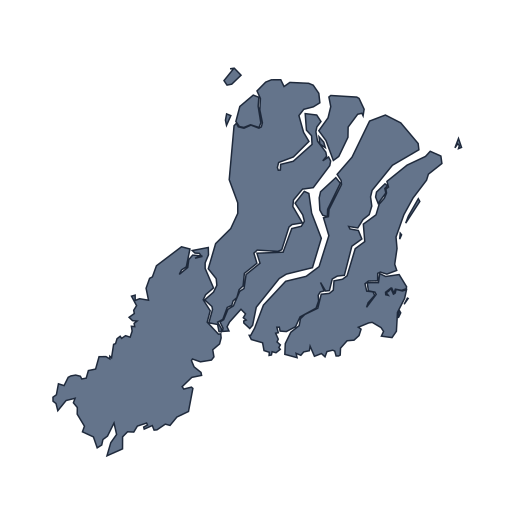 Labutta, Ayeyarwady, Myanmar, rotated 176°
{"feature_id": "60261553B3473904040713", "entity_name": "Labutta", "entity_type": "district", "adm_level": 2, "iso_a3": "MMR", "parent_name": "Myanmar", "parent_adm1": "Ayeyarwady", "projection": "albers", "projection_center": [95.041, 16.149], "detail": "fine", "context": "isolated", "style": "filled", "palette": "slate", "viewbox_px": 512, "rotation_deg": 176, "n_neighbors": 0, "source": "geoboundaries", "source_scale": "gbopen_adm2", "svg_char_len": 6142}
<svg xmlns="http://www.w3.org/2000/svg" viewBox="0 0 512 512"><g transform="rotate(176 256 256)"><path d="M363.7,241.1L367.9,231.5L366.3,219.4L375.1,221.5L379.6,220.1L379.3,225.4L383.0,224.6L378.6,214.8L381.8,210.4L381.4,207.1L386.9,203.7L383.7,200.1L379.2,199.4L382.3,197.3L381.9,194.0L385.2,194.6L384.8,189.7L387.2,183.8L391.7,185.6L395.8,183.2L397.1,185.4L400.4,183.2L402.2,178.4L404.2,177.8L407.2,164.6L408.8,166.2L409.0,163.5L412.7,166.1L419.6,166.5L423.9,154.4L431.2,153.4L433.9,146.0L438.4,145.5L439.6,148.3L444.2,149.8L449.0,149.3L451.8,148.1L456.5,140.1L462.0,142.3L464.8,131.5L468.4,129.3L468.6,125.3L465.8,122.8L464.5,115.5L455.5,125.1L446.4,126.7L448.4,122.3L444.8,117.3L445.4,110.7L439.0,98.2L441.4,92.7L430.8,86.9L427.8,75.7L423.1,78.2L421.5,83.6L416.7,86.7L409.3,99.3L407.5,87.7L413.9,79.9L418.6,67.1L402.6,72.9L401.7,84.9L396.4,89.6L390.2,88.9L386.2,94.6L376.8,97.0L376.0,95.0L380.0,93.2L379.6,91.1L371.3,94.1L369.8,89.4L366.9,89.5L358.2,94.6L353.6,93.0L346.1,100.9L334.2,105.6L328.2,128.3L329.6,129.7L337.3,128.3L338.8,130.8L328.5,139.4L318.6,140.7L319.0,143.7L325.5,149.7L327.7,156.2L326.6,157.7L318.8,154.3L307.7,155.3L305.0,158.3L305.7,165.5L298.5,170.8L296.5,176.7L296.6,180.8L298.9,180.6L309.3,193.4L305.5,204.6L311.7,216.0L309.0,220.9L300.6,227.1L307.6,247.1L307.2,252.7L303.3,260.5L303.0,267.8L319.2,265.9L316.7,263.2L312.3,262.6L310.2,259.2L317.0,258.0L311.6,260.1L319.1,261.3L323.3,257.1L324.9,249.3L333.8,243.0L331.3,247.3L326.3,250.0L321.4,267.6L329.7,270.4L356.0,253.2L360.8,242.4L363.7,241.1ZM295.4,271.2L304.5,246.6L297.3,236.2L297.1,229.5L300.9,222.9L310.2,215.8L303.5,208.7L303.1,205.7L307.7,192.6L299.1,190.4L298.2,183.2L296.0,182.7L295.6,185.9L298.9,192.7L293.5,195.1L288.3,206.7L283.6,208.5L282.0,212.8L278.0,215.8L275.2,223.6L271.0,227.0L268.8,239.5L255.6,248.7L257.9,259.0L254.4,261.8L233.9,259.1L229.9,260.4L221.1,282.6L217.9,284.9L207.4,285.8L215.8,302.8L214.7,309.3L204.9,319.5L194.1,320.2L176.1,341.0L174.9,345.5L176.7,349.7L182.8,346.3L178.6,350.6L179.1,354.7L186.6,366.2L187.6,375.8L186.3,380.5L181.8,385.6L185.6,392.4L197.0,394.6L196.9,378.0L192.2,372.1L192.3,363.4L212.2,347.9L225.0,345.7L225.7,340.0L227.8,340.0L228.5,342.8L226.9,347.7L211.8,352.2L195.2,366.6L199.9,376.0L203.4,393.1L198.1,399.0L188.4,400.8L181.6,404.4L182.0,413.9L187.0,422.4L191.4,424.6L210.1,426.8L216.2,423.1L219.0,430.1L228.3,430.7L234.2,428.8L243.5,420.6L240.6,412.8L242.0,401.5L240.3,388.4L241.7,384.4L244.2,383.3L251.9,386.9L259.1,384.3L264.7,386.1L266.3,389.7L268.8,387.5L277.4,334.0L270.5,310.3L271.2,299.8L279.3,285.1L295.4,271.2ZM226.6,177.5L232.9,166.6L234.1,155.9L222.1,151.7L222.8,156.1L218.2,153.8L215.1,157.0L209.4,157.8L208.3,162.2L204.7,151.9L197.5,154.1L194.2,150.6L191.9,155.7L186.1,156.7L184.1,155.7L183.1,150.7L180.7,150.5L178.9,151.3L178.1,158.2L171.0,165.1L164.1,165.2L158.8,169.4L156.3,175.7L158.9,177.8L148.2,181.4L144.7,181.7L136.3,175.9L134.0,171.9L136.5,167.3L126.0,165.1L121.2,171.1L118.8,189.9L110.7,203.3L108.2,211.9L112.3,210.9L118.6,212.9L119.7,209.3L121.6,208.4L123.6,214.1L126.4,211.4L128.8,210.5L126.8,207.5L129.3,208.3L129.3,210.8L123.7,214.6L122.8,214.5L121.0,209.3L119.3,213.2L113.2,211.6L108.5,212.8L107.9,214.8L114.5,227.5L128.1,226.5L133.8,229.8L135.7,220.9L146.9,221.6L146.3,213.4L139.9,211.7L138.8,209.3L149.3,197.1L147.4,201.6L140.4,208.4L141.8,212.1L148.0,213.2L149.2,220.7L145.6,223.2L136.4,222.8L135.8,230.2L133.1,231.3L126.7,228.8L116.6,231.8L118.2,238.1L114.8,253.6L115.0,265.2L105.6,286.9L95.3,302.9L80.6,319.7L78.3,325.6L64.1,335.3L64.6,342.8L74.9,348.3L80.0,343.5L99.0,336.1L120.2,321.3L119.0,315.5L121.7,313.8L121.4,309.7L123.9,304.7L129.5,299.1L133.4,288.7L146.7,280.3L146.5,262.8L156.5,256.4L166.5,229.9L171.3,226.8L179.9,225.8L181.3,216.5L185.4,213.6L193.6,213.3L198.0,199.6L211.3,194.3L216.0,190.4L217.8,183.5L226.6,177.5ZM268.3,177.3L266.5,173.0L255.5,169.0L254.6,161.1L249.4,159.0L249.9,155.9L247.5,156.2L246.6,159.4L242.8,158.1L238.3,161.2L239.6,163.1L237.9,165.6L241.0,168.8L239.6,171.5L241.8,177.6L239.1,177.9L240.2,183.5L237.7,183.4L237.2,179.4L231.0,178.5L221.5,182.7L216.3,192.2L199.7,199.8L196.7,206.8L196.7,212.5L194.4,215.7L190.4,216.4L193.5,225.1L189.0,216.2L185.2,216.4L181.5,227.8L176.3,230.3L169.2,230.6L159.7,259.1L149.2,265.6L152.1,274.3L160.4,276.4L161.5,279.0L152.5,276.9L146.7,284.9L140.2,289.4L137.0,297.7L137.6,307.0L135.6,313.4L113.6,337.0L86.1,350.6L86.4,356.9L102.3,378.7L117.1,387.6L133.3,382.7L153.3,347.9L169.4,331.8L165.8,325.4L165.7,321.3L179.9,297.3L181.0,290.2L186.0,289.4L181.9,271.2L193.8,241.0L207.4,232.2L228.2,228.7L252.0,206.5L262.4,184.1L266.8,177.2L268.3,177.3ZM294.7,183.1L288.2,183.1L289.8,187.4L287.0,192.0L274.7,203.9L270.5,199.0L273.0,195.3L270.3,192.8L272.8,192.0L272.8,190.0L267.3,184.1L264.2,187.1L259.3,204.9L234.4,231.9L227.0,235.8L200.5,240.4L189.6,269.1L197.5,294.9L198.9,314.7L203.3,317.1L213.3,306.0L206.5,293.8L205.3,287.3L208.7,282.5L218.4,280.9L228.7,257.9L254.9,258.7L252.5,248.5L267.2,238.2L270.2,224.4L274.7,221.9L282.0,207.8L287.7,204.8L292.7,194.7L296.5,192.7L293.9,186.3L294.7,183.1ZM174.5,388.8L184.6,376.6L178.1,366.2L172.2,345.9L166.5,349.5L156.0,368.0L155.1,378.2L144.7,390.3L140.4,391.0L139.4,388.4L137.9,394.9L142.2,406.0L144.4,407.5L170.2,410.9L172.2,409.5L171.0,399.8L174.5,388.8ZM252.3,387.3L244.0,384.0L241.9,388.5L243.4,405.2L242.1,414.1L247.5,416.7L261.7,406.3L266.7,391.6L263.6,386.3L259.1,385.1L252.3,387.3ZM170.9,328.6L187.1,315.6L188.9,309.6L189.1,297.3L186.6,292.0L182.1,290.3L181.3,297.6L166.8,322.7L170.9,328.6ZM265.4,444.3L275.7,433.2L273.0,428.5L268.2,429.1L258.3,437.4L264.6,444.9L268.8,444.6L265.4,444.3ZM122.3,319.0L131.3,311.4L132.6,306.5L130.5,300.0L122.1,309.8L122.8,314.4L120.0,316.9L122.3,319.0ZM90.1,301.8L101.2,285.2L104.4,278.3L88.8,299.0L90.1,301.8ZM275.4,399.8L277.0,393.6L276.3,388.4L271.3,397.8L275.4,399.8ZM184.8,370.5L184.5,363.3L179.3,359.3L180.5,364.9L184.8,370.5ZM46.5,349.0L43.4,350.0L45.8,359.1L50.0,350.0L47.0,353.8L45.4,352.0L46.5,349.0ZM116.6,191.3L118.0,188.3L118.4,184.3L115.6,189.2L116.6,191.3ZM111.5,262.8L109.3,267.0L110.5,268.7L111.5,262.8ZM107.9,203.4L111.6,197.5L107.2,203.0L107.9,203.4Z" fill="#64748b" stroke="#1e293b" stroke-width="1.5"/></g></svg>